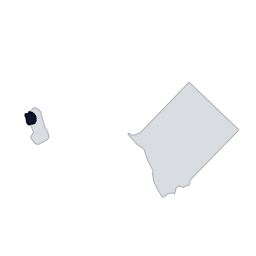 Malabo, Bioko Norte, Equatorial Guinea (highlighted), rotated 314°
{"feature_id": "11065452B197102371645", "entity_name": "Malabo", "entity_type": "district", "adm_level": 2, "iso_a3": "GNQ", "parent_name": "Equatorial Guinea", "parent_adm1": "Bioko Norte", "projection": "robinson", "projection_center": [8.719, 3.675], "detail": "fine", "context": "in_parent", "style": "filled", "palette": "ink", "viewbox_px": 256, "rotation_deg": 314, "n_neighbors": 0, "source": "geoboundaries", "source_scale": "gbopen_adm2", "svg_char_len": 2578}
<svg xmlns="http://www.w3.org/2000/svg" viewBox="0 0 256 256"><g transform="rotate(314 128 128)"><path d="M203.3,140.1L203.4,153.8L203.5,165.4L203.5,177.9L203.6,190.9L203.7,202.0L203.7,209.1L193.0,209.1L178.8,209.0L164.7,209.0L150.5,208.9L143.3,208.9L135.5,208.9L133.0,209.2L131.2,211.1L129.1,211.5L126.7,209.9L123.8,209.2L123.0,207.6L121.5,204.7L118.6,204.4L117.1,204.7L115.0,206.3L112.6,207.2L113.1,205.9L108.4,202.3L105.0,202.0L102.0,200.9L104.5,191.6L107.6,183.4L112.3,177.2L114.8,175.7L115.6,172.6L119.3,162.5L123.9,154.3L122.5,146.0L123.6,132.0L124.9,132.4L125.1,133.7L125.5,135.7L127.2,137.4L132.9,140.1L150.0,140.1L160.2,140.1L175.3,140.1L191.2,140.1L203.3,140.1ZM68.0,46.1L69.3,46.3L77.1,46.1L79.2,49.2L79.0,53.8L71.0,67.2L69.5,72.9L66.4,77.7L63.7,78.0L54.4,75.2L52.8,73.5L52.3,71.2L53.2,65.9L53.9,64.2L58.3,63.2L59.7,62.4L62.1,56.6L62.9,51.3L64.9,47.4L68.0,46.1Z" fill="#d9dde1" stroke="#a8b0b8" stroke-width="1"/><path d="M71.7,46.6L71.3,46.3L71.3,46.2L71.2,46.1L70.9,46.2L70.9,46.3L70.8,46.2L70.7,46.2L70.7,46.4L70.6,46.2L70.5,45.9L70.4,46.0L70.5,46.0L70.4,46.3L70.2,46.3L70.0,46.5L69.9,46.5L69.7,46.3L69.1,46.3L69.0,46.1L68.8,46.1L68.7,46.1L68.0,46.2L67.9,46.2L67.6,46.0L67.5,45.9L67.4,45.7L67.5,45.5L67.5,45.3L67.6,45.2L67.5,44.9L67.4,44.9L67.1,44.7L66.8,44.5L66.7,44.7L66.3,44.8L66.0,45.1L65.9,45.2L65.7,45.3L65.4,45.6L65.3,45.8L65.2,46.5L65.1,46.9L65.0,47.0L64.8,47.1L64.6,47.4L64.5,47.6L64.4,47.8L64.3,48.0L64.2,48.1L64.0,48.5L63.9,48.6L63.9,48.8L63.7,49.0L63.5,49.4L63.4,49.5L63.2,49.6L63.2,49.8L63.0,50.1L62.8,50.1L62.6,50.3L62.6,50.5L62.4,50.6L62.4,50.8L62.2,50.9L62.3,51.0L62.2,51.1L62.1,51.3L61.9,51.4L61.8,51.5L61.7,51.6L61.6,51.8L61.6,52.0L61.6,52.3L61.6,52.5L61.6,52.8L61.5,53.0L61.5,53.4L61.5,53.5L61.4,53.7L61.5,53.8L61.5,54.0L61.5,54.3L61.5,54.5L61.8,54.7L62.0,54.7L62.5,54.8L62.9,55.1L63.2,55.3L63.5,55.4L63.6,55.5L63.9,55.7L64.1,56.0L64.5,56.4L64.8,56.4L65.1,56.4L65.1,56.6L65.3,56.7L65.4,56.8L65.5,57.0L65.8,57.2L66.1,57.3L66.5,57.5L66.9,57.4L67.2,57.4L67.5,57.2L67.9,57.0L68.1,56.9L68.4,56.9L68.6,56.8L68.8,56.8L69.0,56.8L69.0,56.7L69.1,56.4L69.4,56.4L69.6,56.2L69.8,55.9L70.0,55.5L70.1,55.3L70.1,55.2L70.4,55.2L70.6,55.3L70.8,55.3L70.9,55.2L71.0,55.0L71.0,54.8L71.1,54.6L71.2,54.3L71.3,54.2L71.5,54.1L71.8,53.9L71.9,53.7L72.0,53.6L72.2,53.2L72.3,53.2L72.5,52.7L72.5,52.3L72.6,51.9L72.6,51.5L72.5,51.3L72.6,51.0L72.6,50.7L72.7,50.4L72.6,50.1L72.6,49.8L72.6,49.5L72.6,49.2L72.6,48.9L72.5,48.6L72.4,48.3L72.2,48.1L72.1,47.9L71.9,47.6L71.8,47.4L71.7,47.1L71.7,46.9L71.7,46.7L71.7,46.6Z" fill="#0f172a" stroke="#020617" stroke-width="1.5"/></g></svg>